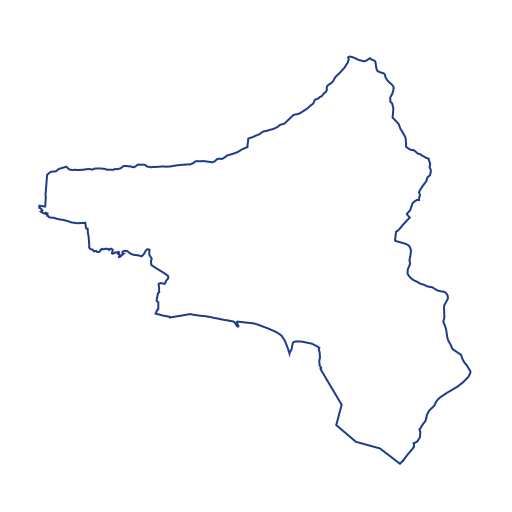 Valea Teilor, Tulcea, Romania, rotated 92°
{"feature_id": "2599482B35189846283613", "entity_name": "Valea Teilor", "entity_type": "district", "adm_level": 2, "iso_a3": "ROU", "parent_name": "Romania", "parent_adm1": "Tulcea", "projection": "albers", "projection_center": [28.478, 45.113], "detail": "fine", "context": "isolated", "style": "outline", "palette": "blue", "viewbox_px": 512, "rotation_deg": 92, "n_neighbors": 0, "source": "geoboundaries", "source_scale": "gbopen_adm2", "svg_char_len": 6000}
<svg xmlns="http://www.w3.org/2000/svg" viewBox="0 0 512 512"><g transform="rotate(92 256 256)"><path d="M79.7,126.4L77.2,129.6L75.0,131.5L72.7,132.9L70.4,133.5L69.5,134.1L68.9,135.1L68.3,137.5L67.3,140.4L66.4,141.4L64.1,142.3L58.0,143.4L56.6,144.5L55.5,147.7L54.3,149.0L56.5,152.0L57.7,154.6L56.6,159.8L55.9,161.6L55.1,163.1L54.8,164.4L54.0,166.1L53.4,169.1L53.6,169.8L53.9,170.5L54.4,170.9L56.2,170.2L56.9,170.3L59.8,171.2L63.2,173.4L64.3,173.8L70.5,179.0L72.5,181.2L74.7,183.1L78.0,184.7L79.7,186.0L80.9,187.1L81.7,188.6L82.7,189.8L83.9,190.9L85.1,191.2L87.8,191.0L89.9,192.2L90.4,193.2L94.1,196.0L94.7,197.6L96.0,198.8L96.6,199.7L97.6,202.1L98.4,202.9L101.4,204.0L102.3,204.8L103.6,206.7L106.6,209.6L111.6,216.8L112.7,219.1L113.2,221.8L113.9,223.6L122.8,232.3L123.9,235.9L124.4,236.9L126.2,238.8L128.4,242.9L129.3,246.0L130.3,248.8L131.3,253.0L134.3,257.1L135.5,259.9L137.1,263.1L137.9,265.0L138.2,266.3L139.1,267.9L141.1,267.9L146.1,268.4L147.4,268.3L149.7,273.3L152.9,278.2L155.2,284.0L156.0,286.8L156.8,288.8L158.0,290.0L160.1,293.1L160.2,294.3L160.0,296.3L160.5,298.3L162.6,300.2L163.9,302.8L162.9,312.0L163.1,312.9L163.3,315.2L163.3,319.0L164.0,320.5L165.3,321.8L166.9,325.3L166.8,326.8L167.5,333.5L168.2,338.3L169.6,345.4L169.9,349.4L169.7,351.9L170.6,360.1L170.6,362.3L171.0,363.3L170.3,368.3L169.1,369.6L168.6,370.9L168.8,373.9L168.7,376.7L168.9,377.5L170.3,379.0L171.6,381.2L171.3,383.2L170.6,385.3L170.9,386.2L170.6,388.7L170.6,390.6L171.3,392.3L173.1,394.3L174.0,397.4L174.0,399.9L174.9,401.9L174.8,404.6L175.0,407.7L174.2,410.3L173.9,416.0L174.3,420.2L174.6,421.0L175.3,422.2L175.4,422.7L174.9,425.2L175.1,428.2L175.8,431.4L176.3,437.4L176.1,440.3L176.5,442.0L176.5,443.1L176.1,444.6L176.1,445.7L173.4,448.6L173.4,449.0L174.3,451.3L175.6,455.4L176.2,456.5L178.1,458.5L178.4,459.3L178.9,463.6L180.1,465.4L181.5,466.8L182.1,467.6L202.3,468.5L204.3,468.1L213.6,468.4L214.0,468.5L213.3,474.2L215.4,474.3L215.5,473.6L216.9,471.8L217.6,471.9L218.1,471.2L219.1,472.6L219.9,471.3L220.5,470.3L221.2,467.9L220.2,467.6L220.8,465.8L221.8,466.2L223.1,466.1L223.4,464.8L224.5,464.1L224.8,462.5L224.9,459.0L225.8,456.2L226.5,452.1L226.6,450.1L227.6,445.6L229.0,441.2L229.1,439.2L229.5,436.4L229.0,429.3L228.7,427.8L234.3,426.8L234.6,425.2L238.7,424.8L242.2,424.0L252.0,422.9L253.1,423.1L254.5,422.3L255.2,420.8L255.3,419.8L255.5,419.3L257.0,418.1L256.7,417.4L256.9,416.9L256.6,416.2L256.7,415.7L257.4,415.1L257.3,414.7L257.5,413.9L257.4,413.1L256.7,412.1L255.4,411.5L255.2,411.2L254.6,410.9L254.2,410.1L254.7,409.5L254.4,407.5L253.9,406.5L254.1,405.8L254.0,404.7L254.1,404.1L255.1,403.0L254.2,402.3L253.7,401.6L253.7,401.2L254.7,399.4L257.9,400.0L258.5,400.0L258.6,399.8L258.5,398.6L257.5,397.4L257.6,396.8L257.3,396.3L257.5,395.8L257.5,394.8L256.8,394.1L256.6,393.7L256.7,393.3L257.9,393.1L258.8,393.6L259.2,392.5L259.5,392.3L261.8,392.9L261.9,392.3L258.4,388.4L258.4,389.3L258.1,389.6L256.7,389.6L256.1,389.2L255.6,388.2L255.4,386.6L255.4,385.5L255.8,384.6L257.7,382.0L258.4,380.6L259.1,378.5L259.3,376.9L259.3,374.5L260.3,370.4L260.1,370.0L257.7,367.9L255.1,366.7L253.4,365.4L253.1,364.9L253.0,364.4L253.4,362.7L256.2,362.8L258.5,362.6L262.3,360.2L262.9,360.1L264.4,360.8L265.0,360.8L268.6,360.3L270.9,356.8L276.0,347.7L278.8,343.4L279.2,343.1L281.2,342.9L283.7,344.8L286.9,346.1L287.0,346.3L286.4,350.2L287.1,352.3L287.5,352.4L291.4,351.7L294.0,351.7L295.4,351.4L296.6,352.6L297.2,352.8L303.8,353.8L304.4,353.6L305.6,352.0L312.6,351.8L313.2,352.8L313.8,352.8L314.5,353.3L317.1,354.3L319.0,345.8L319.1,344.5L319.8,340.1L320.5,340.0L316.4,320.0L316.4,318.6L316.8,317.5L317.7,309.1L317.9,304.8L318.8,298.0L319.5,295.5L319.5,294.3L321.2,284.3L321.1,282.5L321.7,281.1L321.7,279.7L322.3,276.3L322.7,275.4L323.2,274.9L326.5,272.7L327.0,272.2L327.2,271.4L327.0,271.1L326.6,271.1L323.9,272.6L323.1,272.7L322.5,272.6L322.2,272.3L323.5,255.5L324.4,252.2L327.9,241.7L330.8,234.3L331.8,232.2L334.2,228.4L335.3,227.3L339.8,224.1L348.1,220.6L352.4,219.1L351.3,218.9L347.7,217.1L345.7,216.9L341.2,216.0L340.7,215.5L340.3,214.4L339.9,212.3L340.0,209.9L339.9,207.6L341.6,197.4L342.2,195.9L344.7,190.8L345.6,189.5L346.4,189.9L347.4,189.9L349.8,189.1L355.5,188.5L357.2,188.9L358.8,189.1L363.2,188.6L365.6,186.9L365.9,186.9L366.7,187.6L401.7,165.2L422.2,169.9L438.2,149.7L444.0,125.4L458.6,104.9L456.0,102.6L455.8,102.0L453.7,100.8L448.7,97.2L442.9,92.6L441.0,91.4L440.5,91.7L439.4,91.5L437.5,91.9L437.3,91.5L437.3,91.0L437.2,90.7L435.7,88.3L431.7,86.0L430.1,85.7L426.0,85.7L423.4,86.6L422.3,85.5L419.5,84.2L414.7,80.8L412.1,80.3L412.1,80.1L409.2,79.8L404.5,77.6L399.4,72.6L395.5,71.0L392.8,69.0L391.1,67.3L386.1,60.4L379.4,49.9L375.0,44.7L369.3,39.5L365.9,37.9L365.1,37.7L363.8,37.7L358.1,41.4L355.1,44.1L351.9,46.0L347.8,47.5L347.5,47.8L342.4,56.0L341.9,56.4L340.3,57.4L339.3,57.6L337.7,58.5L333.8,60.9L331.0,61.9L323.0,63.4L318.8,64.8L316.1,66.2L314.9,66.5L310.9,65.6L300.4,66.3L298.6,66.1L291.8,62.7L289.2,63.0L287.3,64.0L285.7,65.7L285.3,66.5L285.1,67.5L284.8,70.5L284.0,73.7L281.1,78.8L280.8,81.2L280.3,84.0L278.8,87.2L278.2,90.3L276.0,94.4L275.1,96.8L273.7,99.1L272.6,100.6L269.8,103.1L268.1,103.9L267.3,104.0L264.0,103.8L258.5,101.7L254.5,102.5L250.5,101.7L244.9,101.3L241.7,102.5L240.1,103.9L238.6,106.9L236.1,117.0L236.0,117.4L235.5,117.6L226.9,116.9L225.6,115.0L224.1,113.6L220.0,110.5L212.2,103.7L209.1,106.6L208.6,106.7L205.0,103.6L197.5,101.2L195.8,99.3L194.3,97.0L194.4,95.0L192.2,95.0L189.3,94.3L186.7,95.2L184.8,94.6L180.7,92.2L175.1,88.3L172.7,87.8L171.1,87.2L169.6,85.3L169.0,84.9L166.3,84.3L164.7,84.3L163.6,84.4L161.4,85.6L157.5,85.2L153.7,86.8L152.9,86.7L151.6,90.2L150.6,91.7L150.2,93.0L148.4,95.5L148.1,97.7L145.5,100.9L144.7,102.4L144.5,102.8L144.8,103.7L144.3,105.5L143.7,106.7L141.7,109.8L137.2,110.0L136.1,110.3L134.1,110.4L131.6,111.1L125.8,114.7L124.1,116.0L119.0,118.1L112.8,124.4L109.8,124.1L103.6,123.9L98.7,125.3L97.1,127.1L93.3,127.4L90.9,126.5L89.4,125.5L87.8,125.2L86.6,124.6L84.7,124.6L83.3,124.2L81.8,124.7L79.7,126.4Z" fill="none" stroke="#1e3a8a" stroke-width="2"/></g></svg>